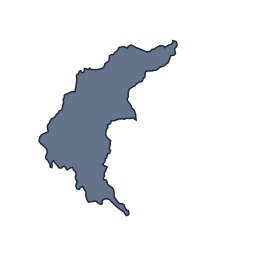 outline of São Domingos do Norte, Espírito Santo, Brazil, rotated 328°
{"feature_id": "56859067B53855567891195", "entity_name": "São Domingos do Norte", "entity_type": "district", "adm_level": 2, "iso_a3": "BRA", "parent_name": "Brazil", "parent_adm1": "Espírito Santo", "projection": "robinson", "projection_center": [-40.559, -19.162], "detail": "fine", "context": "isolated", "style": "filled", "palette": "slate", "viewbox_px": 256, "rotation_deg": 328, "n_neighbors": 0, "source": "geoboundaries", "source_scale": "gbopen_adm2", "svg_char_len": 3179}
<svg xmlns="http://www.w3.org/2000/svg" viewBox="0 0 256 256"><g transform="rotate(328 128 128)"><path d="M41.3,119.8L42.4,121.2L43.8,119.6L45.0,117.0L47.4,116.3L47.7,119.1L48.2,122.9L48.3,125.2L50.0,126.6L52.0,126.2L54.0,127.1L54.0,129.2L54.1,131.3L56.9,131.2L59.9,131.9L59.6,134.8L60.4,137.5L59.6,139.8L57.8,141.2L56.4,143.5L56.7,145.5L55.6,147.3L54.2,148.3L53.0,149.6L52.5,152.2L53.9,154.2L56.1,153.4L58.6,153.7L58.4,157.2L58.5,160.0L56.5,162.8L55.7,165.2L55.2,167.1L55.1,169.9L57.5,170.9L60.1,172.2L61.7,172.5L62.6,174.7L64.0,177.9L65.8,178.7L67.3,176.2L69.0,175.6L71.8,176.2L74.4,178.8L75.0,182.0L75.6,184.3L76.0,186.2L76.7,188.4L77.5,191.2L78.4,193.0L79.2,195.3L80.1,196.9L80.0,199.1L80.1,201.4L81.9,201.8L83.3,201.2L84.6,198.2L83.4,197.1L83.2,195.0L83.4,193.0L83.9,191.4L82.8,188.8L80.7,187.8L80.2,185.3L80.0,182.4L79.7,179.7L80.5,177.8L82.0,175.4L83.0,172.9L83.2,170.8L82.4,168.6L81.3,166.9L80.9,164.5L81.8,162.3L81.8,160.4L80.2,159.0L80.8,157.3L82.8,156.0L83.7,154.2L84.9,153.0L86.4,152.4L87.7,151.2L89.8,149.6L88.0,147.8L87.2,145.5L90.2,144.5L92.2,142.5L94.6,141.5L96.6,139.2L99.0,139.6L101.3,137.9L101.1,135.3L103.8,133.2L105.1,130.8L106.7,129.5L105.7,127.0L105.2,124.3L105.3,122.4L106.3,120.9L107.5,119.0L109.1,117.9L111.2,116.9L112.4,114.5L114.3,114.9L115.9,114.7L117.6,113.1L120.6,114.7L122.9,115.1L125.6,115.8L128.1,117.3L129.7,118.8L131.8,118.9L133.1,119.9L134.9,121.1L137.4,121.9L138.3,123.7L139.1,125.5L140.1,123.4L141.5,120.9L142.3,118.2L142.7,116.5L141.8,112.9L142.5,110.5L142.5,108.2L141.9,105.9L142.6,102.9L145.0,101.6L145.9,99.7L147.4,97.5L149.7,95.8L151.9,95.6L153.9,95.5L156.2,95.9L158.0,95.3L160.7,94.9L162.6,95.3L164.1,96.0L165.8,95.2L167.3,93.9L169.2,93.9L170.9,91.6L173.1,89.4L175.3,90.2L177.6,91.8L179.6,92.7L181.2,93.0L182.8,94.0L185.1,93.8L186.8,93.5L188.4,93.7L190.1,94.1L192.2,94.4L194.5,93.9L196.6,93.9L198.4,92.5L199.7,91.6L201.2,90.3L202.7,89.4L204.3,90.0L206.0,90.7L207.8,89.9L208.6,87.5L209.5,85.4L211.2,84.9L213.0,84.3L214.1,82.5L214.7,80.2L212.4,77.7L211.0,79.5L208.9,80.0L206.5,79.3L204.4,79.1L201.8,79.5L201.6,77.3L199.8,76.0L198.1,75.0L196.4,75.0L194.1,74.8L191.9,75.0L189.9,74.0L187.5,74.9L185.6,74.1L183.6,72.8L181.9,70.0L180.1,67.5L178.7,65.6L177.4,64.1L176.2,61.7L174.7,59.3L173.1,59.0L171.5,59.0L169.7,59.8L168.2,57.2L166.5,56.2L164.8,55.8L163.2,54.8L161.4,56.2L158.8,56.9L156.0,57.3L154.2,58.2L152.6,56.9L150.3,57.1L149.1,58.8L147.4,61.0L144.6,61.0L142.2,61.4L140.4,63.3L137.7,63.7L135.6,63.1L133.3,62.4L130.4,60.8L127.8,58.8L127.2,56.8L125.3,57.4L124.0,55.6L122.5,54.3L121.4,56.2L119.5,57.3L117.9,56.4L118.4,54.2L116.7,54.2L114.8,55.7L112.5,55.8L111.5,57.2L110.6,59.1L109.4,61.0L107.8,62.8L105.7,65.4L103.7,67.5L102.0,69.2L100.5,67.8L98.3,67.2L96.6,67.0L94.9,67.0L93.1,66.4L91.4,66.6L90.1,68.3L88.0,69.7L86.9,72.3L84.8,74.1L82.6,76.5L81.3,77.6L78.4,77.2L76.5,78.5L74.3,78.5L72.4,79.6L70.2,80.1L68.1,79.7L66.0,80.5L64.2,82.1L62.5,82.5L61.0,83.3L59.8,85.0L59.1,87.0L58.3,89.1L56.1,88.4L53.1,88.1L50.9,88.0L48.8,88.8L47.5,89.9L45.5,92.1L45.9,95.5L47.1,99.0L47.7,101.8L47.6,104.0L46.4,106.1L44.3,107.5L42.5,109.1L42.2,111.0L42.8,112.9L42.7,115.1L42.6,117.5L41.3,119.8Z" fill="#64748b" stroke="#1e293b" stroke-width="1.5"/></g></svg>